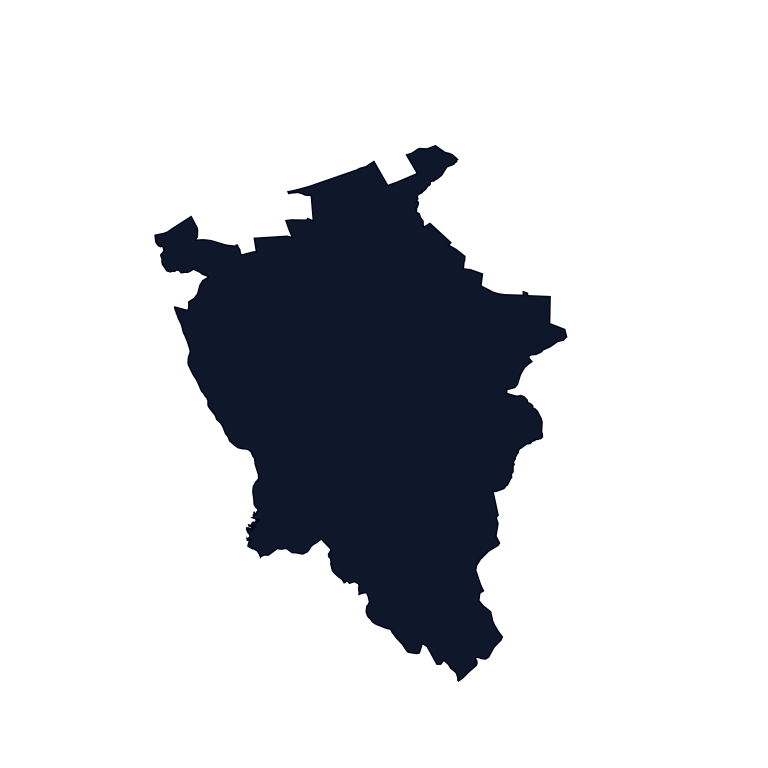 Vintu De Jos, Alba, Romania, rotated 225°
{"feature_id": "2599482B17815307797793", "entity_name": "Vintu De Jos", "entity_type": "district", "adm_level": 2, "iso_a3": "ROU", "parent_name": "Romania", "parent_adm1": "Alba", "projection": "natural_earth1", "projection_center": [23.464, 46.01], "detail": "fine", "context": "isolated", "style": "filled", "palette": "ink", "viewbox_px": 768, "rotation_deg": 225, "n_neighbors": 0, "source": "geoboundaries", "source_scale": "gbopen_adm2", "svg_char_len": 6171}
<svg xmlns="http://www.w3.org/2000/svg" viewBox="0 0 768 768"><g transform="rotate(225 384 384)"><path d="M346.7,549.6L350.7,547.7L348.1,545.2L362.0,532.2L366.6,528.8L371.9,525.9L384.8,521.9L392.2,531.4L403.7,525.9L409.3,521.5L413.5,526.5L414.3,528.4L417.1,531.4L428.7,530.0L436.3,527.8L436.6,528.0L436.7,531.2L465.1,530.0L466.6,523.2L468.7,524.0L471.6,526.8L475.8,527.4L479.6,529.3L482.1,528.3L483.2,528.7L483.4,529.5L484.8,530.8L485.4,530.5L486.1,530.8L485.5,532.2L486.9,535.4L487.5,535.5L487.9,536.6L488.5,536.8L489.2,536.6L489.9,535.6L490.3,537.0L491.6,537.9L491.0,538.8L492.9,539.9L493.6,541.0L493.6,542.5L492.4,546.4L493.4,547.6L492.6,548.0L492.3,550.5L493.2,555.9L492.4,556.5L492.8,558.2L493.8,558.9L494.0,560.8L492.3,562.9L492.2,563.5L493.2,563.7L491.7,565.8L490.9,572.3L493.1,581.9L490.1,588.8L490.3,590.4L490.0,591.8L490.3,593.1L491.1,594.1L490.9,594.8L497.5,594.4L500.4,593.4L504.6,590.8L516.1,588.8L519.0,582.2L520.2,580.2L525.5,575.5L526.0,574.2L527.3,567.3L530.0,561.9L509.2,556.5L517.4,536.0L521.7,526.9L548.5,534.2L550.4,524.8L553.5,519.4L554.5,516.2L576.7,470.4L584.5,456.9L587.8,452.0L586.0,451.4L584.5,453.7L580.3,458.7L576.2,460.9L573.8,461.7L571.3,463.4L569.3,465.8L567.3,464.7L550.4,450.3L549.8,449.0L554.9,447.0L554.6,445.2L554.9,444.8L565.6,434.4L568.8,430.2L560.6,426.2L552.2,422.8L556.9,420.0L578.7,395.3L567.8,387.4L570.1,384.4L575.8,374.6L577.6,374.6L581.1,377.0L584.2,377.7L585.8,378.6L586.6,377.7L585.5,377.1L593.8,370.5L607.2,363.3L611.2,360.3L614.2,357.7L618.8,352.5L619.9,354.3L619.9,355.8L624.4,360.8L627.0,362.4L638.7,366.0L643.6,343.6L644.4,338.7L645.8,335.4L651.0,327.3L646.0,323.2L643.6,322.5L641.4,322.3L639.1,323.1L638.6,324.4L636.5,324.6L633.9,322.7L633.1,319.7L633.4,318.8L632.8,317.0L629.5,315.7L627.8,313.7L625.3,312.0L617.6,310.5L614.4,312.2L613.1,314.7L611.8,315.4L611.2,318.2L609.2,319.5L606.6,319.2L605.4,319.9L604.2,321.9L602.6,323.3L601.4,325.0L600.3,328.6L600.8,330.2L593.0,333.0L590.2,333.2L585.1,335.5L583.6,335.2L585.2,329.1L584.0,323.8L579.4,315.8L578.8,310.0L580.1,304.0L576.1,300.1L575.0,297.9L575.0,297.0L586.3,290.5L585.6,289.6L581.5,287.8L580.5,287.0L580.0,287.1L576.2,285.2L569.2,282.8L561.5,278.2L560.3,278.1L553.4,275.2L547.0,272.0L543.7,269.9L541.0,264.4L537.4,260.3L535.4,259.1L524.9,255.5L519.4,254.5L507.9,250.0L504.7,249.9L502.5,249.1L499.0,249.0L497.6,248.0L496.8,248.2L494.4,245.4L493.0,244.9L493.1,244.4L491.4,243.8L481.1,242.5L477.0,240.6L471.8,241.0L467.4,239.8L460.6,236.8L457.3,236.6L452.9,234.7L447.0,235.0L442.2,235.8L438.5,238.0L436.0,240.3L433.2,241.8L430.2,242.1L425.7,240.3L422.3,239.8L421.7,238.7L420.3,238.0L418.7,236.4L408.2,230.9L406.2,228.9L405.5,227.7L405.3,223.8L404.0,219.3L400.7,215.2L394.0,210.1L391.1,207.4L387.7,206.2L385.0,206.4L382.7,204.8L383.5,203.9L383.4,203.4L382.7,203.1L382.4,203.5L382.6,202.2L383.1,202.2L383.3,201.4L383.1,200.5L385.7,201.7L384.0,200.4L384.0,199.6L383.2,198.9L383.4,198.7L382.0,197.9L382.6,196.4L379.4,198.1L378.9,197.7L378.2,198.7L377.8,198.5L376.6,199.6L375.3,199.1L375.4,198.6L376.3,198.9L377.6,197.3L377.4,196.3L376.3,196.9L376.2,195.8L375.6,195.5L377.1,195.5L376.7,195.1L376.8,194.6L378.6,194.1L379.0,192.8L378.1,191.7L378.9,190.9L375.9,192.2L375.6,192.8L374.1,192.5L374.9,191.4L375.6,191.6L375.3,191.2L376.2,190.3L378.3,189.8L380.0,188.7L379.0,188.2L375.7,189.7L375.4,189.5L375.7,188.3L374.4,189.4L374.6,188.5L374.0,187.7L377.5,186.6L376.6,186.0L379.9,185.3L378.2,184.9L378.5,184.2L377.2,183.6L376.8,183.7L375.9,183.0L374.7,182.7L374.1,182.9L374.0,183.5L372.9,183.0L372.9,182.5L371.7,182.3L370.9,181.4L370.6,180.1L368.6,179.6L367.8,180.5L367.5,180.3L368.5,179.1L369.5,179.4L369.0,178.3L369.8,178.2L370.7,178.7L370.7,178.2L371.7,178.1L370.3,176.9L370.0,177.1L370.4,177.7L370.1,178.0L368.3,177.9L366.0,173.8L365.4,173.8L365.3,173.2L360.4,174.6L359.9,175.3L355.6,176.4L351.9,175.6L348.9,174.3L349.1,175.0L347.8,178.4L344.8,181.2L343.1,192.8L342.1,192.9L339.8,194.7L337.4,198.0L336.2,198.9L329.7,199.8L327.1,202.3L321.3,206.3L319.6,211.1L319.8,213.7L320.7,217.2L320.7,219.9L319.5,224.3L319.1,228.5L318.5,230.5L317.0,230.0L304.7,229.7L303.6,227.9L303.0,224.6L301.6,223.3L300.7,222.8L298.5,222.8L295.0,220.4L295.0,219.6L288.7,215.7L285.8,215.2L279.3,215.6L275.2,216.3L271.7,215.3L271.3,215.8L271.4,216.5L270.9,218.5L269.0,218.9L267.6,218.6L265.0,223.6L262.6,224.1L260.9,224.9L258.5,223.3L258.0,222.2L255.9,220.2L254.3,219.3L252.9,217.6L251.3,221.0L248.9,224.2L244.8,222.6L240.3,219.7L239.2,217.5L238.9,214.5L235.4,210.3L231.9,208.5L229.5,208.1L227.7,208.4L224.2,207.7L220.8,208.2L218.6,209.0L209.1,213.2L205.9,215.3L202.6,214.2L195.9,213.3L186.7,213.0L180.4,211.6L177.4,211.4L170.4,216.4L168.9,218.9L173.6,227.7L167.8,228.9L148.4,223.3L145.8,226.0L146.4,231.0L140.0,231.3L136.1,230.3L129.4,230.9L127.4,230.3L123.8,228.3L122.3,226.8L121.3,226.7L120.5,231.4L120.5,241.0L119.8,250.2L120.7,252.2L123.2,254.2L123.8,253.9L123.3,252.9L124.2,253.0L125.2,254.2L125.3,255.8L125.0,257.0L121.1,258.7L117.7,261.4L117.0,265.0L120.1,275.4L120.3,285.9L121.5,288.8L126.8,289.5L135.0,291.5L139.5,293.1L147.5,298.3L157.1,297.2L163.8,297.9L168.1,303.4L168.3,304.6L167.4,308.0L173.8,310.3L187.6,317.2L190.2,321.1L191.9,328.1L191.9,339.8L189.3,350.5L189.9,353.2L197.3,355.6L204.7,365.9L209.1,368.2L210.7,369.9L210.4,371.8L231.2,385.2L229.0,387.0L225.7,394.0L225.3,395.7L225.8,397.8L225.3,399.8L227.8,406.9L227.5,407.9L229.0,409.3L230.1,409.4L230.6,413.1L234.8,417.2L235.0,419.0L237.4,420.3L237.7,421.7L238.3,422.5L238.1,423.7L239.2,424.8L240.6,429.1L240.6,430.6L241.7,431.3L242.4,434.1L241.8,435.6L240.8,442.4L238.6,445.3L238.5,446.2L238.9,447.6L237.8,450.0L237.1,452.6L235.9,454.0L235.7,455.0L234.6,456.0L234.5,458.6L236.9,460.7L238.6,461.4L245.3,468.8L248.3,470.6L256.5,473.2L260.3,473.1L261.3,471.7L263.2,473.5L264.0,473.8L266.7,473.5L269.2,472.5L271.7,473.9L275.9,474.0L279.2,472.5L280.5,470.3L282.6,468.4L290.5,464.1L293.3,466.7L289.1,473.9L289.3,477.9L294.3,487.2L296.3,494.9L296.0,500.4L295.3,504.4L299.8,504.7L301.1,506.1L301.0,508.2L297.5,512.4L295.7,517.2L295.5,518.5L295.8,520.4L292.9,527.8L291.4,536.6L288.2,542.0L288.4,544.6L288.1,546.4L294.7,550.3L309.6,543.8L328.3,563.2L344.9,547.9L346.7,549.6Z" fill="#0f172a" stroke="#020617" stroke-width="1.5"/></g></svg>